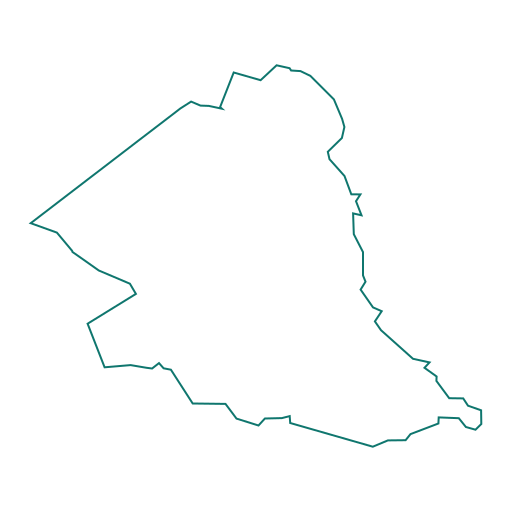 Florence, South Carolina, United States of America (Mercator projection)
{"feature_id": "52423323B42496570047924", "entity_name": "Florence", "entity_type": "district", "adm_level": 2, "iso_a3": "USA", "parent_name": "United States of America", "parent_adm1": "South Carolina", "projection": "mercator", "projection_center": [-79.642, 34.04], "detail": "fine", "context": "isolated", "style": "outline", "palette": "teal", "viewbox_px": 512, "rotation_deg": 0, "n_neighbors": 0, "source": "geoboundaries", "source_scale": "gbopen_adm2", "svg_char_len": 1105}
<svg xmlns="http://www.w3.org/2000/svg" viewBox="0 0 512 512"><path d="M291.1,70.5L289.6,68.2L276.6,65.3L260.6,80.2L233.7,72.5L220.1,107.1L221.9,108.7L208.8,105.9L200.5,105.6L191.1,101.6L180.3,108.5L169.4,116.9L137.9,141.0L123.7,151.9L95.4,173.6L87.8,179.4L30.7,223.2L56.9,232.6L72.1,250.8L72.5,252.0L81.1,258.0L98.8,270.5L129.9,283.7L135.9,293.9L87.6,323.7L104.6,367.3L130.6,365.1L146.6,367.8L152.1,368.5L159.0,363.1L163.6,368.3L170.9,369.7L192.7,403.5L225.5,403.9L236.5,418.6L258.5,425.5L264.9,418.5L281.9,418.1L289.7,416.1L290.2,423.0L372.8,446.7L387.9,440.4L405.6,440.2L410.5,434.1L438.4,423.5L438.7,417.4L458.8,418.2L465.9,427.0L475.5,429.7L481.3,424.0L481.1,410.3L468.0,405.7L463.2,398.4L449.2,398.2L436.4,380.9L436.6,376.5L424.5,367.8L429.5,362.4L413.0,358.8L381.0,330.2L374.9,321.4L381.7,311.2L373.0,307.4L360.6,289.6L365.5,281.7L363.0,275.4L363.0,252.1L353.8,234.2L353.1,213.4L361.5,215.3L356.0,201.2L360.4,194.4L351.3,194.3L344.5,176.0L329.5,159.2L327.8,151.8L341.9,138.0L344.4,127.0L342.1,118.9L333.9,99.4L310.4,75.9L300.5,71.1L291.1,70.5Z" fill="none" stroke="#0f766e" stroke-width="2"/></svg>